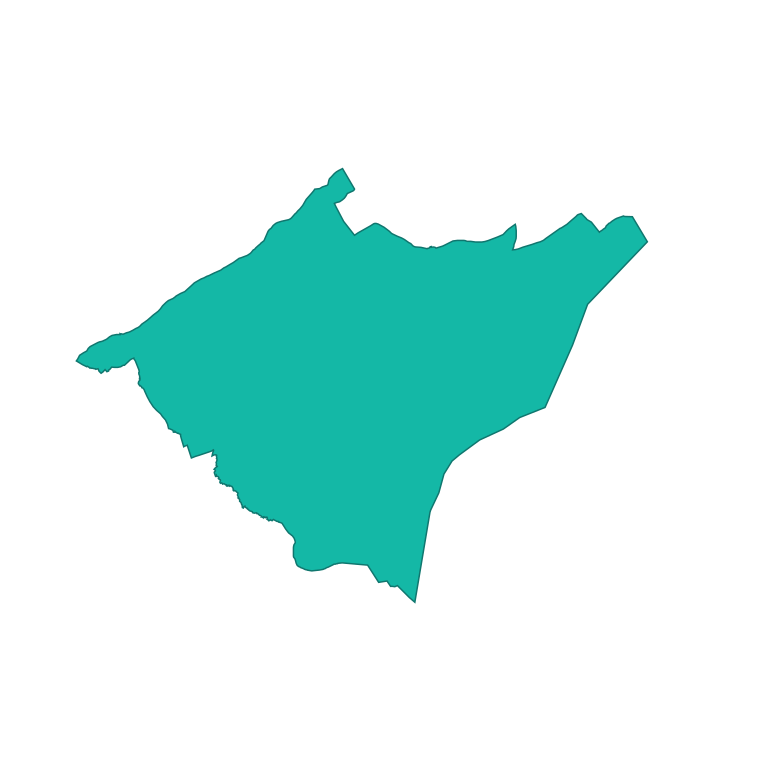 Corbasca, Bacau, Romania (Equal Earth projection), rotated 255°
{"feature_id": "2599482B394059638430", "entity_name": "Corbasca", "entity_type": "district", "adm_level": 2, "iso_a3": "ROU", "parent_name": "Romania", "parent_adm1": "Bacau", "projection": "equal_earth", "projection_center": [27.141, 46.291], "detail": "fine", "context": "isolated", "style": "filled", "palette": "teal", "viewbox_px": 768, "rotation_deg": 255, "n_neighbors": 0, "source": "geoboundaries", "source_scale": "gbopen_adm2", "svg_char_len": 6155}
<svg xmlns="http://www.w3.org/2000/svg" viewBox="0 0 768 768"><g transform="rotate(255 384 384)"><path d="M296.1,438.6L305.2,461.9L309.6,487.6L316.5,506.4L319.7,533.5L372.8,576.2L408.3,601.3L453.2,675.2L481.3,667.2L483.3,660.5L483.7,659.5L484.3,658.8L483.8,651.9L483.3,649.6L482.2,646.3L481.1,643.9L480.9,642.5L480.3,641.7L479.3,639.7L477.6,638.3L476.7,635.7L476.3,635.1L475.3,631.9L474.9,631.3L486.7,626.2L490.3,622.6L491.4,622.2L497.6,618.7L497.4,615.3L497.1,614.4L496.1,612.8L493.6,607.5L490.9,602.1L488.8,595.5L488.8,594.5L488.5,593.7L482.7,578.0L481.5,575.2L480.9,571.7L480.9,568.4L480.5,563.0L480.2,553.5L479.7,548.7L479.8,545.9L480.3,543.0L483.3,545.0L485.0,545.6L487.6,547.5L490.3,549.2L492.3,549.9L497.9,551.4L502.3,552.1L504.3,552.1L501.6,544.8L500.1,541.9L499.2,540.5L497.5,537.7L496.6,531.7L495.6,521.9L495.5,518.5L495.8,515.3L497.5,509.0L499.3,504.8L500.3,501.2L501.6,499.3L502.1,498.0L503.7,492.0L504.3,487.6L502.4,478.4L502.0,476.1L501.8,469.4L502.8,468.7L503.5,467.3L503.8,465.1L504.5,465.3L504.6,464.1L504.0,463.6L503.6,462.5L503.7,461.2L503.5,460.7L506.4,455.1L508.3,449.7L509.2,448.4L510.1,447.6L512.7,446.2L514.1,444.6L518.2,441.2L520.5,438.8L523.2,435.2L526.7,431.1L527.6,430.2L530.0,428.8L535.3,424.7L540.0,419.8L541.2,417.8L541.5,416.3L541.4,415.4L540.3,412.0L536.7,398.0L535.3,394.0L551.5,387.1L567.4,383.5L571.3,382.8L571.6,385.4L571.5,387.6L571.6,388.5L572.6,391.4L573.7,393.7L575.0,395.4L577.5,397.9L578.5,403.9L578.8,404.9L579.9,406.0L602.8,399.7L601.9,395.3L601.2,392.9L600.1,390.5L597.7,386.8L596.7,385.0L596.2,384.3L594.7,383.3L591.2,381.5L590.6,380.6L590.3,375.4L589.4,372.5L590.1,367.5L588.9,366.2L587.4,364.1L582.4,356.6L577.5,351.7L574.9,348.1L573.6,345.7L571.9,343.3L571.4,342.1L568.3,337.5L567.7,336.0L567.4,334.4L567.7,326.9L567.5,322.8L567.1,320.9L565.8,318.0L563.6,315.2L562.9,313.3L561.6,311.6L553.5,305.2L551.9,301.5L551.1,300.4L550.4,298.7L548.7,295.4L547.6,293.9L547.3,292.4L545.2,289.5L544.6,288.3L543.6,285.2L542.9,278.4L542.9,276.6L540.3,269.8L539.3,266.0L538.0,261.5L537.6,259.3L536.2,255.7L535.3,249.4L534.0,242.7L533.9,240.9L533.1,237.5L532.8,234.6L531.0,227.8L530.5,226.4L529.9,225.4L524.8,215.5L524.1,210.9L522.8,206.0L522.0,204.4L521.2,202.3L520.4,197.3L519.2,194.6L516.8,190.3L514.4,187.4L512.7,184.7L510.3,178.9L506.8,171.8L504.5,165.5L503.1,163.3L502.3,161.4L501.8,158.5L501.0,155.7L500.2,152.0L500.1,151.1L500.1,148.4L499.6,144.8L500.4,143.4L500.5,142.6L500.9,142.1L500.0,142.0L501.0,138.4L501.3,133.9L500.6,131.1L499.2,128.0L498.9,126.9L498.2,122.9L498.3,120.1L498.1,118.3L496.2,109.8L494.9,107.5L492.8,105.4L491.9,101.7L490.5,97.4L487.5,94.7L485.9,92.8L480.7,97.8L477.6,101.4L477.9,102.0L477.0,103.0L475.4,104.1L475.4,104.9L475.0,105.4L474.6,106.6L473.6,108.4L473.5,109.1L472.8,109.4L472.8,111.7L470.0,112.1L467.6,113.5L468.4,115.7L470.1,118.3L467.6,119.5L467.8,121.3L468.7,121.6L469.0,122.8L470.8,125.4L470.0,127.4L469.0,130.9L468.8,134.1L469.6,136.9L469.3,138.2L473.1,145.3L473.5,146.7L473.7,148.9L473.2,148.7L472.5,149.2L470.6,149.8L461.1,150.9L459.0,150.7L458.5,150.1L457.1,149.8L455.5,150.0L453.1,149.8L453.0,149.4L452.2,149.1L451.9,149.6L450.8,149.1L450.2,148.1L449.3,147.3L447.9,146.8L445.5,147.6L445.6,148.0L444.2,149.0L443.0,149.2L442.7,149.9L440.7,150.9L439.6,150.9L433.0,152.0L427.5,153.3L421.8,155.2L417.3,157.6L413.0,160.5L410.1,161.5L405.9,163.6L401.2,164.5L396.7,164.4L395.9,165.8L393.9,168.1L392.0,168.1L391.6,169.4L392.3,169.8L391.5,170.2L389.8,171.9L389.6,172.7L388.9,173.2L388.0,174.5L386.5,174.1L383.6,174.1L375.2,174.3L375.5,175.3L375.8,178.1L362.4,178.8L362.9,183.4L363.0,186.7L363.7,198.0L364.0,200.8L364.6,202.1L364.4,202.2L363.8,202.2L361.6,200.6L359.0,199.3L359.5,201.5L359.1,203.3L358.8,203.3L358.4,203.9L357.4,203.4L355.8,203.4L355.4,202.9L354.5,203.2L353.5,202.9L351.4,201.4L350.4,201.6L348.8,200.8L348.3,200.9L348.1,201.4L347.5,201.6L346.5,199.1L345.6,197.8L345.2,198.3L343.7,198.7L343.1,197.9L343.0,197.5L342.3,197.1L338.3,197.4L338.2,197.8L339.1,198.5L338.1,198.6L337.5,199.8L336.9,200.1L336.2,200.2L335.7,200.0L335.6,199.6L335.1,199.7L334.8,200.3L333.7,200.9L333.7,201.1L333.2,201.1L332.1,200.3L331.2,200.0L330.3,200.6L330.5,201.6L329.7,202.2L329.1,202.2L329.1,203.8L327.7,204.8L327.5,205.6L326.6,205.5L326.4,205.9L326.0,205.9L325.9,206.7L326.4,206.5L326.6,206.8L326.3,207.3L326.4,207.6L326.2,207.9L326.1,208.7L325.5,209.0L325.4,208.6L325.2,208.6L325.3,209.3L324.3,210.7L322.9,210.9L322.3,211.3L321.0,211.2L320.8,210.9L320.5,211.1L320.1,210.9L319.7,211.2L319.7,211.5L319.8,211.7L319.7,212.0L319.3,212.4L319.2,213.0L318.0,213.6L316.6,214.7L315.9,214.5L315.0,213.8L314.3,213.7L312.8,214.1L311.9,213.7L311.8,214.1L311.4,214.2L311.4,213.7L309.8,214.7L308.1,214.2L306.6,215.2L304.4,215.3L304.0,215.4L303.8,215.6L301.3,215.2L300.6,216.0L301.9,217.0L302.0,218.1L300.8,218.1L299.8,219.3L299.3,219.4L299.3,219.7L299.1,219.9L298.8,219.7L296.3,221.4L294.8,223.7L293.7,223.8L292.8,225.3L292.6,227.5L292.1,227.9L291.7,227.7L291.4,228.5L290.7,229.1L290.4,229.1L289.9,229.6L289.4,229.8L288.8,230.9L287.7,231.4L287.4,231.2L287.4,231.5L286.7,232.0L286.5,232.5L286.1,232.7L286.9,233.1L286.9,233.5L286.4,233.5L286.5,233.7L286.2,234.0L286.2,234.3L285.6,234.6L285.9,235.2L285.9,235.6L285.6,235.9L285.7,236.4L284.8,236.7L284.3,236.5L283.8,235.9L283.0,236.5L282.5,237.2L281.8,237.2L281.7,238.0L281.9,238.7L282.3,239.1L280.9,240.5L281.3,241.3L281.7,241.7L281.8,242.1L279.1,244.9L278.7,245.9L278.0,246.4L278.2,246.7L277.7,246.9L276.4,248.9L275.8,249.5L269.3,251.5L264.9,253.3L260.9,256.3L258.2,257.3L255.2,257.5L253.9,257.3L253.0,256.6L252.2,255.6L250.7,254.7L249.5,254.2L241.3,252.0L240.2,251.9L238.2,252.7L237.0,252.8L233.7,252.8L231.7,253.1L230.9,253.4L229.5,254.6L229.0,255.4L228.2,256.0L226.6,258.3L225.6,259.3L224.7,260.7L224.5,261.4L224.1,261.7L222.2,265.8L221.0,273.5L220.7,277.1L220.9,278.2L220.9,279.3L221.5,281.2L221.5,282.4L222.6,288.1L222.9,289.1L222.6,290.5L222.7,292.0L222.5,292.4L222.7,292.7L222.6,293.0L222.6,293.9L222.0,297.4L213.3,321.3L193.8,327.5L192.9,335.9L186.8,338.0L186.5,339.4L185.4,342.0L185.8,344.8L171.2,353.2L165.2,357.3L248.2,395.2L250.2,396.5L264.7,408.8L281.5,418.6L292.0,429.8L296.1,438.6Z" fill="#14b8a6" stroke="#0f766e" stroke-width="1.5"/></g></svg>